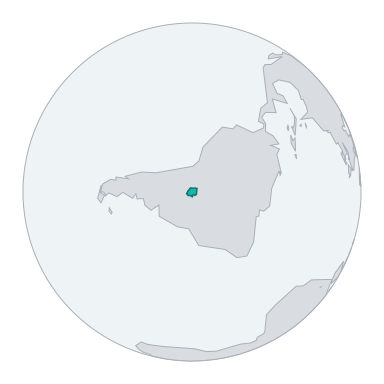 Boquerón highlighted on a globe, orthographic projection, rotated 79°
{"feature_id": "PRY-598", "entity_name": "Boquerón", "entity_type": "Department", "adm_level": 1, "iso_a3": "PRY", "parent_name": "Paraguay", "parent_adm1": "", "projection": "orthographic", "projection_center": [-61.074, -21.97], "detail": "fine", "context": "on_globe", "style": "filled", "palette": "teal", "viewbox_px": 384, "rotation_deg": 79, "n_neighbors": 0, "source": "natural_earth", "source_scale": "10m", "svg_char_len": 5264}
<svg xmlns="http://www.w3.org/2000/svg" viewBox="0 0 384 384"><g transform="rotate(79 192 192)"><circle cx="192" cy="192" r="169" fill="#eef3f6" stroke="#a8b0b8"/><path d="M91.1,56.5L90.9,56.7L94.3,54.1L104.6,47.4L115.3,41.4L126.4,36.3L137.9,31.9L149.6,28.4L161.6,25.8L147.0,29.4L143.8,30.6L144.4,31.1L157.1,29.7L155.7,31.1L157.8,32.4L161.1,30.9L160.6,29.6L167.2,27.7L165.8,26.7L168.2,26.0L169.0,25.2L174.7,24.6L179.9,24.6L179.6,25.5L181.8,25.7L186.9,24.6L190.8,26.5L201.4,28.8L201.7,29.7L194.0,31.1L182.0,31.3L171.9,35.1L184.3,32.2L185.1,35.2L187.7,35.7L191.1,35.5L193.1,34.3L194.6,35.5L182.8,38.4L181.3,37.3L185.1,36.2L179.4,36.6L171.5,39.4L172.5,41.2L159.5,45.1L160.0,46.6L157.5,48.6L157.5,45.8L157.2,51.1L142.1,59.7L141.5,71.3L135.6,63.2L129.7,63.4L122.2,65.3L122.0,67.1L112.6,68.2L103.2,74.7L98.5,85.4L100.7,92.3L111.3,89.7L115.0,84.3L123.2,81.6L116.1,95.4L130.1,94.3L127.9,104.6L131.8,109.3L139.1,106.7L146.6,108.3L152.4,101.6L161.4,97.6L161.2,105.9L166.5,97.9L171.4,101.6L189.7,100.8L188.2,102.7L203.5,113.0L220.6,118.4L224.5,125.3L222.4,129.2L228.4,130.9L228.5,133.7L252.7,141.0L265.3,150.3L265.0,160.4L254.7,170.5L245.9,195.5L227.6,202.2L223.3,213.0L209.6,228.8L198.5,227.0L202.1,235.7L196.2,240.7L189.1,241.0L188.3,247.2L183.0,247.4L186.8,251.5L179.2,259.9L182.3,266.7L177.0,273.7L179.3,277.7L176.9,277.7L174.7,279.4L174.8,281.8L167.2,278.4L164.0,269.3L165.9,264.4L162.8,263.9L166.8,251.9L163.8,254.5L162.8,237.5L166.3,223.5L166.9,186.2L162.9,179.4L149.9,172.5L134.1,149.8L137.9,139.5L134.6,135.5L145.4,120.9L142.8,109.6L139.1,108.4L135.2,113.3L122.8,108.4L118.8,100.9L83.8,98.5L80.8,96.1L81.9,90.1L76.3,77.6L75.9,91.7L72.6,90.4L71.0,86.2L73.4,83.7L74.3,77.1L72.1,76.6L76.9,69.0L90.3,57.1L91.1,56.5ZM140.0,75.7L156.1,79.9L146.4,81.8L148.3,80.4L144.4,78.3L136.8,77.1L128.5,79.9L140.0,75.7ZM148.5,67.8L145.6,67.7L148.5,67.3L148.5,67.8ZM92.9,55.1L92.6,55.4L92.9,55.1ZM165.8,25.6L167.4,25.4L166.4,25.7L165.8,25.6ZM164.7,25.6L162.4,26.1L161.6,26.1L163.0,25.8L164.7,25.6ZM167.6,25.0L160.3,26.2L158.8,26.4L162.9,25.6L167.6,25.0ZM180.2,285.9L168.0,279.8L174.7,282.4L178.5,278.5L185.2,283.4L180.2,285.9ZM191.8,276.2L196.7,274.3L198.1,275.5L195.0,277.1L191.8,276.2ZM304.4,65.9L303.1,64.9L308.1,72.2L305.0,71.2L298.8,67.0L288.9,56.4L296.9,60.2L293.5,57.2L285.0,51.3L288.1,53.2L285.7,51.4L287.2,52.4L304.4,65.9ZM350.8,249.8L350.2,251.1L345.2,262.6L343.9,263.6L340.5,269.7L336.6,274.1L332.0,276.6L329.5,270.4L333.3,264.3L338.1,250.0L346.5,219.0L351.4,208.4L352.9,198.4L350.6,173.3L351.4,162.9L349.8,157.0L347.1,155.7L344.7,148.7L342.7,147.1L326.7,142.3L319.3,132.4L304.4,107.8L305.4,100.8L301.1,91.5L304.5,71.1L310.3,75.1L318.7,80.2L320.6,82.4L325.1,88.1L329.9,94.4L336.8,104.9L342.9,115.9L348.1,127.3L352.5,139.1L355.9,151.1L358.5,163.4L360.2,175.8L360.9,188.3L360.7,200.8L359.6,213.3L357.6,225.7L354.6,237.9L350.8,249.8ZM309.3,82.6L310.6,85.1L309.3,82.6ZM190.2,100.7L192.4,102.3L189.5,102.3L190.2,100.7ZM144.8,85.1L148.3,84.8L150.0,85.8L147.3,86.5L144.8,85.1ZM175.2,82.6L179.4,83.1L174.9,83.9L175.2,82.6ZM158.7,80.5L171.8,82.6L163.1,85.3L154.9,84.3L160.7,83.1L158.7,80.5ZM146.2,72.0L148.4,72.2L147.5,73.6L146.2,72.0ZM150.5,67.5L149.7,67.7L148.7,66.8L150.5,67.5ZM185.8,35.0L186.7,34.8L190.1,34.9L188.3,35.4L185.8,35.0ZM206.2,33.1L208.2,35.1L205.5,33.8L203.4,34.6L195.3,33.4L201.5,30.1L200.1,31.6L206.2,33.1ZM186.1,31.4L190.6,32.2L185.5,31.5L186.1,31.4ZM269.6,41.9L272.7,43.5L275.0,44.9L273.3,44.3L269.8,42.2L269.6,41.9ZM284.3,50.5L281.0,48.6L281.0,48.4L278.1,46.7L277.0,46.0L284.3,50.5ZM175.8,23.8L174.0,24.0L175.8,23.8ZM186.9,23.1L191.1,23.1L188.5,23.3L183.8,23.3L187.3,23.6L182.0,23.8L184.9,24.1L174.8,24.1L170.2,24.6L176.3,23.9L178.9,23.6L186.9,23.1ZM219.1,25.2L217.4,25.0L216.3,25.2L217.6,26.1L210.2,25.1L204.3,23.9L200.1,23.2L200.6,23.3L219.1,25.2ZM315.4,76.6L315.6,76.9L314.7,75.9L311.3,72.4L311.4,72.5L315.4,76.6Z" fill="#d9dde1" stroke="#a8b0b8" stroke-width="1"/><path d="M188.7,193.6L188.3,193.3L188.2,193.3L188.2,193.2L187.9,193.1L187.7,193.0L187.8,193.0L187.8,192.9L187.7,192.8L187.8,192.7L187.8,192.4L187.9,192.1L188.0,191.7L188.1,191.4L188.2,190.9L188.3,190.6L188.4,190.3L188.5,190.0L188.6,189.7L188.7,189.4L188.7,189.2L188.7,188.7L188.7,188.4L188.7,188.2L188.7,187.9L188.8,187.7L189.0,187.3L189.2,187.1L189.3,187.0L189.4,186.8L189.5,186.7L189.6,186.4L189.9,186.6L195.1,188.1L195.3,188.2L195.4,188.3L195.3,188.5L195.4,188.8L195.4,189.0L195.5,189.1L195.6,189.3L195.8,190.1L195.7,190.2L195.5,190.4L195.4,190.4L195.4,190.5L195.1,191.6L195.1,191.8L195.1,192.1L195.4,192.2L195.5,192.2L196.5,192.3L196.8,192.7L196.6,192.9L196.4,192.8L196.0,193.0L196.0,193.3L195.9,193.3L195.7,193.3L195.7,193.6L195.1,194.4L195.1,194.5L195.0,194.8L195.0,195.1L195.0,195.3L194.9,195.5L195.0,195.6L194.9,195.8L194.8,196.0L194.8,196.3L194.7,196.5L194.4,196.7L193.4,196.8L193.2,196.8L192.9,196.9L192.9,197.0L192.8,197.6L192.7,197.6L192.4,197.4L192.3,197.5L192.2,197.4L192.1,197.2L191.9,197.0L191.9,196.9L191.8,196.7L191.7,196.7L191.4,196.5L191.2,196.4L190.9,196.3L190.8,196.2L190.7,196.1L190.6,195.9L190.4,195.9L190.2,195.8L190.2,195.7L190.0,195.4L189.9,195.4L189.6,195.1L189.5,194.9L189.4,194.8L189.4,194.7L189.2,194.5L189.2,194.4L189.0,194.2L188.9,193.9L188.9,194.0L188.9,193.9L188.8,193.7L188.7,193.6L188.7,193.6Z" fill="#14b8a6" stroke="#0f766e" stroke-width="1.5"/></g></svg>